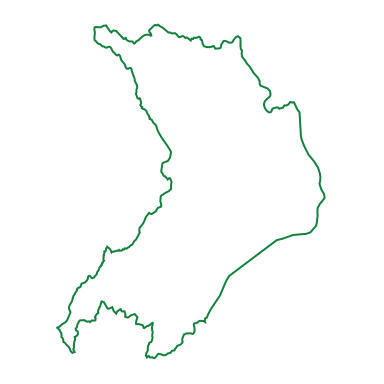 Phoukhoune, Louangphrabang, Laos (Equal Earth projection), rotated 181°
{"feature_id": "54806243B44028844681141", "entity_name": "Phoukhoune", "entity_type": "district", "adm_level": 2, "iso_a3": "LAO", "parent_name": "Laos", "parent_adm1": "Louangphrabang", "projection": "equal_earth", "projection_center": [102.694, 19.508], "detail": "fine", "context": "isolated", "style": "outline", "palette": "green", "viewbox_px": 384, "rotation_deg": 181, "n_neighbors": 0, "source": "geoboundaries", "source_scale": "gbopen_adm2", "svg_char_len": 5962}
<svg xmlns="http://www.w3.org/2000/svg" viewBox="0 0 384 384"><g transform="rotate(181 192 192)"><path d="M148.8,348.6L150.8,347.6L153.2,344.6L153.9,343.0L154.9,342.1L157.9,342.0L159.5,343.1L162.5,343.7L163.4,343.1L164.2,341.4L165.3,340.0L165.8,336.8L166.9,336.1L171.2,335.7L172.7,338.2L173.3,338.3L175.0,337.5L177.7,337.1L179.8,337.1L182.6,338.0L184.0,340.6L184.7,343.9L185.8,344.4L186.1,344.8L186.0,345.8L186.5,346.6L187.8,347.4L189.9,346.3L192.9,346.2L193.5,345.0L194.8,345.3L195.5,344.6L195.9,343.4L199.6,346.3L200.2,346.4L201.3,345.8L202.5,347.1L204.0,347.8L207.5,346.5L209.5,348.3L209.8,349.1L211.7,350.5L214.9,350.2L216.6,351.1L218.3,351.0L222.4,354.4L224.9,356.2L227.1,357.2L228.7,358.7L230.2,357.9L231.3,358.4L232.5,358.1L237.6,353.0L237.6,351.7L237.2,351.0L236.3,350.2L235.7,349.0L235.4,347.7L235.9,347.5L236.9,348.3L240.2,348.6L242.7,347.7L245.2,345.8L247.8,343.1L250.5,341.5L251.4,340.0L252.4,339.4L254.3,341.5L257.0,341.4L259.7,342.6L260.6,344.0L260.9,345.0L261.2,345.0L262.0,344.0L263.0,343.8L270.6,351.7L273.4,352.1L274.5,351.5L275.4,350.1L277.1,351.6L280.7,357.0L283.2,356.7L286.2,355.1L291.5,355.2L292.3,354.8L292.5,352.6L291.9,350.0L292.3,343.7L291.8,341.7L290.8,341.3L289.5,339.6L288.2,338.7L286.1,338.0L285.0,336.7L284.1,336.1L282.7,336.0L281.4,335.1L280.1,334.8L277.8,335.8L276.4,335.6L275.5,334.6L273.3,330.6L272.5,330.2L269.9,327.4L269.0,327.2L268.0,328.1L267.5,328.0L266.8,327.4L266.1,326.2L265.0,322.6L261.5,318.5L260.3,315.4L259.4,314.2L258.0,314.0L257.2,314.7L256.4,315.0L255.2,314.7L254.8,314.2L254.4,312.2L252.4,306.8L251.4,304.6L251.2,302.2L248.8,297.7L248.6,295.4L249.3,293.5L249.3,290.9L249.8,289.2L248.0,284.6L247.3,284.3L246.0,284.8L245.6,284.5L244.4,280.5L244.4,279.9L245.2,278.1L244.5,276.8L243.2,276.2L243.2,275.2L243.5,274.9L242.5,274.2L240.8,273.8L239.1,272.3L237.7,269.0L236.1,267.3L236.1,265.9L235.4,265.2L235.6,264.2L233.7,263.7L231.6,260.2L229.7,258.7L229.0,257.6L227.8,254.0L226.4,250.9L222.9,245.2L217.1,237.3L213.9,232.3L213.7,231.0L214.7,225.7L216.6,222.7L221.3,220.7L222.1,219.8L223.1,212.3L222.8,211.0L221.9,210.3L220.8,208.0L219.9,207.2L219.1,207.1L217.2,205.1L216.6,204.1L214.9,205.5L214.2,205.3L212.8,202.3L212.7,201.1L213.0,199.6L213.0,194.7L215.4,192.3L217.5,191.3L222.7,187.9L223.2,186.8L223.5,182.5L222.5,178.6L222.5,177.5L222.8,176.7L225.6,175.7L227.0,173.9L227.4,172.4L231.6,169.4L232.5,169.2L234.5,170.4L237.6,166.4L239.3,161.7L240.8,159.0L243.9,155.0L244.0,151.7L243.5,150.6L247.1,143.5L248.9,141.8L250.8,138.4L252.3,137.6L254.3,135.6L255.4,135.2L256.4,134.2L258.2,134.5L259.2,133.1L260.2,133.5L261.4,132.2L263.6,132.1L264.0,132.7L264.5,132.0L265.5,132.2L268.0,131.3L269.0,131.3L269.5,130.9L270.9,130.9L271.4,130.3L272.4,132.6L273.3,133.8L275.8,135.7L275.9,135.2L276.7,134.4L277.4,131.4L278.7,131.0L278.4,129.7L279.0,128.2L278.8,127.2L279.4,126.7L279.1,125.1L279.5,124.2L279.2,122.4L278.7,121.8L279.5,121.1L279.7,119.9L280.5,119.7L280.8,119.3L280.9,117.5L281.8,117.0L281.7,116.4L283.1,115.1L284.0,112.3L285.5,110.0L285.7,108.3L287.8,106.1L288.2,105.2L289.8,104.0L290.8,104.3L292.8,106.5L293.9,106.1L294.3,105.6L294.9,102.7L296.0,101.1L297.8,99.5L300.6,98.6L301.2,97.8L301.6,95.6L302.7,94.6L303.3,94.6L304.3,94.0L305.4,92.7L305.2,91.9L308.8,85.8L310.1,80.7L312.3,76.8L313.0,74.9L313.0,73.2L311.4,69.8L311.5,69.1L314.8,61.2L316.3,59.6L319.4,57.6L323.3,54.0L324.0,54.0L324.7,54.9L324.1,53.4L323.6,53.4L322.4,51.8L321.8,51.6L321.1,49.7L320.3,49.0L320.1,48.1L320.0,44.7L318.8,43.5L318.2,42.2L317.9,39.7L316.4,38.9L315.0,37.2L312.6,35.0L311.5,33.5L311.0,31.7L310.0,30.2L308.8,29.1L306.6,29.9L307.9,32.4L307.2,34.7L307.5,35.7L307.2,39.6L306.3,42.6L306.7,45.2L305.3,45.7L304.7,46.3L303.7,47.5L303.6,48.8L303.9,50.7L305.5,51.8L306.0,53.1L304.7,55.0L304.1,58.1L303.3,59.0L303.1,60.2L301.9,61.6L301.2,61.7L297.5,62.0L294.8,60.5L292.8,60.9L291.7,60.1L289.9,61.8L287.8,61.7L286.4,62.0L286.1,64.0L286.8,64.8L286.3,66.5L284.9,68.6L283.7,69.3L283.9,70.7L283.6,72.7L282.9,73.6L282.8,75.0L281.9,75.7L281.4,78.2L281.0,78.9L280.8,80.6L280.2,81.1L278.1,80.2L274.3,73.9L272.7,73.9L269.7,75.5L268.2,71.5L265.6,69.1L264.8,71.1L262.7,72.9L261.2,73.6L260.8,72.4L260.1,71.4L257.4,71.5L256.4,68.4L256.7,66.1L254.7,65.4L253.6,65.5L250.6,67.8L247.1,68.9L244.4,65.9L245.6,61.3L245.7,59.9L245.5,59.0L242.7,59.0L239.0,57.9L238.3,56.6L238.0,55.3L237.4,55.1L234.2,57.4L233.0,57.5L229.2,60.5L228.9,60.2L229.7,55.1L229.4,52.8L228.8,51.0L229.4,47.3L228.9,46.2L228.9,45.3L229.4,43.0L230.2,41.4L232.1,40.5L232.3,38.9L233.1,37.8L233.5,35.3L233.4,33.5L234.0,31.4L234.6,30.8L235.3,27.6L235.1,27.3L234.7,27.4L234.2,25.8L232.4,27.3L231.0,25.8L228.6,26.1L228.0,25.6L226.6,25.3L225.3,26.4L223.0,29.6L221.6,29.6L217.2,28.2L215.3,28.6L213.5,30.1L210.8,30.7L209.3,32.8L206.7,33.4L206.4,34.8L205.6,35.4L204.1,37.8L200.6,39.4L199.1,41.1L198.8,42.1L199.3,44.8L197.5,49.5L196.6,49.7L195.5,50.4L190.6,50.7L189.0,50.0L187.9,50.7L187.0,53.2L187.1,56.4L187.9,58.6L187.8,60.0L187.5,60.6L185.2,61.0L182.2,63.3L178.4,63.2L176.7,62.2L177.0,63.3L176.5,66.0L174.9,66.8L174.0,69.5L170.8,75.7L162.1,89.2L156.4,103.5L153.4,108.7L106.5,145.3L100.3,147.0L90.1,150.8L76.9,152.2L72.9,153.7L67.3,160.5L66.6,164.1L66.0,170.7L66.3,174.9L66.1,178.2L63.8,182.5L59.3,188.3L59.9,192.2L62.5,196.3L64.7,202.5L64.0,205.5L63.9,209.7L64.5,212.8L66.4,218.5L70.3,224.5L76.1,231.3L80.8,240.2L83.6,247.4L84.1,250.1L85.9,273.6L88.1,276.3L91.6,283.5L93.6,283.2L94.9,283.7L95.4,283.7L96.4,282.2L97.6,280.9L99.4,280.1L100.6,280.3L101.3,280.0L101.8,279.4L102.3,278.1L102.7,277.9L104.6,277.4L106.0,276.7L107.4,277.9L108.5,278.2L112.9,276.8L114.3,273.6L114.9,273.1L115.8,272.9L116.7,273.1L118.9,274.8L120.6,277.3L121.4,279.5L121.6,280.9L121.3,282.5L120.6,284.1L119.6,285.4L116.0,288.6L115.4,289.8L115.2,291.2L115.8,294.4L118.4,296.9L125.5,299.6L126.3,301.6L126.3,303.9L127.9,307.2L132.4,312.0L136.7,318.7L139.3,321.3L141.2,324.3L144.3,328.2L144.8,331.2L144.5,333.9L144.6,334.5L145.5,335.5L146.0,337.6L146.2,346.1L147.0,347.3L148.8,348.6Z" fill="none" stroke="#15803d" stroke-width="2"/></g></svg>